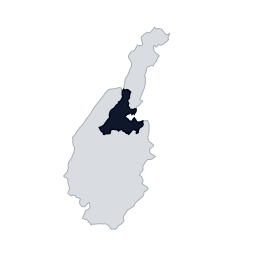 Salzburg on a map of Austria (Equal Earth projection), rotated 117°
{"feature_id": "AUT-2327", "entity_name": "Salzburg", "entity_type": "State", "adm_level": 1, "iso_a3": "AUT", "parent_name": "Austria", "parent_adm1": "", "projection": "equal_earth", "projection_center": [12.999, 47.494], "detail": "fine", "context": "in_parent", "style": "filled", "palette": "ink", "viewbox_px": 256, "rotation_deg": 117, "n_neighbors": 0, "source": "natural_earth", "source_scale": "10m", "svg_char_len": 6540}
<svg xmlns="http://www.w3.org/2000/svg" viewBox="0 0 256 256"><g transform="rotate(117 128 128)"><path d="M24.7,142.7L27.0,138.4L27.5,135.8L25.6,134.3L24.8,133.8L25.4,133.5L28.2,133.7L30.0,132.9L30.9,132.0L33.3,132.8L36.9,134.5L38.6,135.6L39.3,136.4L39.6,137.1L39.4,138.4L40.2,138.9L41.9,139.0L43.0,139.4L42.6,141.0L42.5,142.4L44.1,142.2L46.1,141.2L47.6,139.3L48.6,137.6L49.4,133.2L49.6,132.9L50.8,133.2L55.6,133.0L57.8,133.8L61.4,133.9L61.3,134.6L61.9,135.7L63.5,137.2L64.3,138.2L65.9,138.4L68.5,137.8L70.0,137.3L70.5,137.7L72.9,137.3L75.0,136.0L75.5,135.1L77.6,134.4L80.4,132.9L84.3,131.7L97.0,130.5L97.5,129.5L97.4,127.4L97.7,127.0L99.3,127.6L101.9,128.1L103.8,128.9L105.1,129.9L106.3,129.9L108.1,129.2L110.6,128.7L112.9,129.8L113.6,130.9L113.2,131.5L113.2,132.4L114.0,133.2L115.8,134.4L118.3,135.5L119.5,135.4L120.0,134.4L120.4,131.9L120.6,129.2L120.0,127.7L118.7,127.3L117.2,127.2L116.4,126.9L116.7,126.1L117.9,123.9L117.9,121.0L115.1,117.8L112.6,114.6L112.7,113.5L114.1,111.7L116.4,110.2L121.4,107.7L122.9,107.2L124.9,106.8L127.8,105.8L129.2,104.7L130.2,103.6L131.5,97.7L131.8,97.5L132.2,97.1L137.3,99.1L137.8,98.8L138.6,98.5L140.3,96.9L140.6,95.7L140.6,93.5L140.7,91.4L141.0,90.7L141.8,91.0L144.0,92.1L145.7,93.3L147.4,96.4L151.2,97.2L156.0,97.3L157.7,95.9L159.2,95.6L161.0,96.0L164.7,96.5L165.1,94.0L167.2,91.4L168.1,90.5L170.8,90.6L171.5,88.6L172.1,83.3L172.6,82.7L174.6,82.8L176.6,83.8L177.2,84.6L178.2,84.5L179.6,84.0L181.2,83.6L183.7,84.2L189.0,86.6L191.7,87.5L193.4,87.3L195.1,87.4L201.4,91.1L205.7,91.7L209.7,91.7L211.0,90.6L212.6,89.6L214.4,89.7L216.0,90.2L219.0,91.9L220.4,92.3L222.3,92.5L223.6,92.9L224.9,95.8L225.6,96.5L225.5,96.9L225.4,98.2L224.4,99.8L223.3,102.0L223.4,103.8L226.4,110.4L229.1,114.4L229.6,115.9L231.3,117.0L229.8,118.5L229.5,120.7L228.5,121.7L228.3,122.9L228.8,124.0L228.8,125.5L229.4,127.4L226.9,127.8L223.9,127.8L222.8,127.9L221.8,128.4L220.8,128.2L218.0,126.3L216.5,125.9L215.4,126.0L214.6,126.8L213.2,127.8L211.9,128.6L212.2,129.2L217.9,130.9L219.0,133.4L217.9,135.5L217.6,136.5L216.3,137.3L214.7,138.0L212.7,138.2L212.5,139.3L213.3,142.6L212.7,143.3L212.1,144.3L212.8,147.0L214.0,147.2L214.3,147.9L214.1,149.0L213.9,150.1L213.5,151.4L213.3,151.9L212.5,152.3L210.0,152.1L207.8,153.1L203.5,157.0L202.0,157.6L200.4,159.1L200.6,162.5L200.3,162.8L200.0,163.5L194.7,162.3L191.1,162.8L188.7,164.3L185.8,165.2L179.7,164.7L173.8,165.3L172.4,165.8L170.9,166.0L169.5,166.9L168.7,168.2L167.2,169.8L165.1,171.1L162.9,172.0L162.3,172.8L161.6,173.3L160.3,172.7L159.3,172.7L158.0,172.3L153.8,171.9L149.2,171.1L147.0,170.4L144.6,169.8L141.9,169.4L139.5,169.3L138.3,169.1L132.5,167.8L128.8,167.7L123.8,167.2L113.8,165.3L110.9,164.6L108.2,164.3L104.9,163.7L102.4,162.6L100.8,160.6L99.2,157.9L96.1,154.4L95.4,152.7L96.4,151.2L97.4,150.0L97.3,149.5L96.5,149.3L91.1,150.8L85.8,152.7L83.7,152.7L81.7,152.3L79.0,152.3L76.4,152.8L71.3,153.0L68.2,154.4L66.3,157.1L65.2,159.3L64.3,160.0L62.5,160.3L59.9,160.1L58.0,159.4L56.1,157.6L53.1,157.3L50.3,157.3L49.6,156.9L49.7,155.7L48.6,153.4L46.9,152.7L42.2,157.0L40.9,157.4L37.2,156.2L34.0,154.4L33.7,153.0L33.1,151.9L30.4,150.9L27.0,150.1L26.0,150.1L26.4,149.5L26.8,148.4L26.6,147.5L25.8,146.6L25.4,145.7L25.3,144.7L25.0,144.0L24.9,143.2L24.7,142.7Z" fill="#d9dde1" stroke="#a8b0b8" stroke-width="1"/><path d="M97.4,149.8L97.5,149.4L96.8,149.2L95.5,149.4L95.5,149.2L95.5,147.9L95.4,147.6L95.2,147.1L95.0,146.9L94.5,146.6L94.3,146.3L94.2,146.0L94.1,145.6L94.1,145.0L94.2,144.4L94.6,143.1L94.5,142.3L95.3,142.0L95.7,141.9L96.5,142.0L99.6,141.0L100.5,140.5L100.9,140.4L101.2,140.5L101.9,140.8L102.2,140.9L102.6,140.9L103.5,140.8L104.0,140.6L104.4,140.5L104.7,140.2L105.0,139.8L105.2,139.2L105.4,138.8L105.6,138.7L105.8,138.6L106.1,138.5L107.4,138.4L107.7,138.3L108.0,138.1L108.2,137.9L108.5,137.7L109.2,136.4L109.5,136.0L110.0,135.4L110.2,135.1L110.4,134.8L110.4,134.7L109.8,133.3L109.7,132.9L109.7,132.6L109.8,132.3L109.8,132.2L109.5,131.8L108.5,131.2L108.0,130.8L107.3,129.7L108.2,129.0L108.8,128.7L109.7,128.5L110.7,128.5L112.2,128.9L112.7,128.8L112.4,129.4L112.8,129.9L113.5,130.3L114.1,130.7L113.3,131.1L113.0,131.9L113.1,132.7L113.8,133.2L114.2,133.3L114.5,133.4L114.7,133.5L115.9,134.7L117.3,135.6L117.6,135.7L117.8,135.6L118.0,135.5L118.3,135.5L118.6,135.6L118.7,135.8L118.9,135.9L119.2,135.8L119.4,135.7L120.2,134.9L120.1,134.6L120.1,134.4L120.0,134.2L119.9,134.0L119.9,133.8L119.9,133.2L120.0,133.1L120.2,132.5L120.3,132.5L120.2,132.5L120.2,131.7L120.7,131.2L121.0,130.5L121.1,130.4L121.2,130.0L121.2,129.5L121.1,129.1L120.9,128.6L120.3,127.8L120.0,127.4L119.7,127.2L119.3,127.2L118.6,127.4L118.2,127.5L116.7,127.2L116.2,126.9L116.7,126.2L116.9,125.9L116.9,125.7L117.0,125.3L117.2,125.0L118.9,122.6L118.8,122.4L118.2,121.7L117.3,119.9L116.8,119.5L116.6,119.4L116.1,118.9L115.4,118.5L115.2,118.3L115.0,117.9L115.6,117.7L116.8,117.4L117.2,117.2L117.4,116.5L117.8,116.3L118.3,116.1L119.4,116.1L120.1,116.2L120.8,116.5L121.6,117.2L121.7,117.3L121.8,117.4L122.9,117.7L123.9,117.8L125.5,117.6L127.3,116.9L128.2,117.4L128.4,117.5L128.7,117.7L128.9,117.9L128.9,118.2L128.6,118.4L128.3,118.5L127.9,118.5L127.1,118.3L126.9,118.3L126.7,118.6L126.6,118.9L126.5,119.3L126.5,120.3L126.5,120.7L126.6,121.2L126.9,122.5L127.0,122.8L127.3,123.1L127.7,123.3L132.6,124.3L133.3,124.8L132.9,125.1L132.5,125.2L131.4,125.2L131.2,125.4L131.2,125.5L131.3,125.8L131.6,126.0L131.8,126.2L132.4,126.4L133.0,126.4L133.3,126.8L133.4,127.1L132.4,129.7L132.9,130.4L132.9,130.7L132.9,131.1L132.7,131.3L132.3,131.9L132.1,132.4L132.2,132.9L132.4,133.4L133.4,134.3L134.9,135.1L134.7,135.6L134.5,136.3L134.5,136.6L134.8,137.8L135.6,140.2L136.3,141.4L137.2,142.1L137.6,142.4L138.0,142.5L138.4,142.4L138.8,142.2L139.2,142.0L140.0,141.9L140.4,141.7L140.8,141.6L141.2,141.8L141.6,142.6L142.2,143.4L142.4,143.7L142.4,144.0L142.6,144.4L142.8,144.7L143.7,145.7L144.5,146.2L144.7,146.5L144.7,146.9L144.1,147.5L143.3,148.1L143.1,148.5L143.1,148.9L143.1,149.6L143.0,150.0L142.7,150.7L141.5,152.6L140.5,153.8L139.7,152.8L137.3,151.2L136.4,150.8L135.7,150.6L134.4,150.5L131.7,150.0L131.1,150.0L128.6,149.4L127.5,149.1L127.0,149.1L126.6,149.2L125.9,149.8L125.3,150.2L123.9,150.8L122.8,151.0L120.8,151.2L119.9,151.1L119.4,150.9L119.0,150.7L116.8,149.5L115.5,149.1L114.6,149.0L112.9,148.7L111.7,148.1L110.6,147.5L110.3,147.4L110.0,147.4L109.9,147.4L109.8,147.5L109.7,147.7L109.7,147.8L109.5,148.0L109.2,148.2L108.1,147.3L107.6,147.1L107.1,147.0L106.4,146.9L105.6,146.7L104.9,146.7L103.9,146.8L103.3,146.8L102.7,146.9L102.3,147.1L100.6,148.5L98.2,149.5L97.4,149.8Z" fill="#0f172a" stroke="#020617" stroke-width="1.5"/></g></svg>